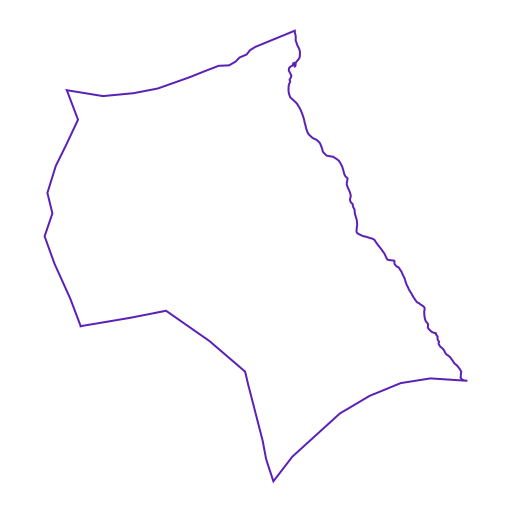 Ras Gharib, Al Bahr al Ahmar, Egypt (Natural Earth projection)
{"feature_id": "37247803B82534825994477", "entity_name": "Ras Gharib", "entity_type": "district", "adm_level": 2, "iso_a3": "EGY", "parent_name": "Egypt", "parent_adm1": "Al Bahr al Ahmar", "projection": "natural_earth1", "projection_center": [32.75, 28.506], "detail": "fine", "context": "isolated", "style": "outline", "palette": "violet", "viewbox_px": 512, "rotation_deg": 0, "n_neighbors": 0, "source": "geoboundaries", "source_scale": "gbopen_adm2", "svg_char_len": 3078}
<svg xmlns="http://www.w3.org/2000/svg" viewBox="0 0 512 512"><path d="M66.8,90.2L66.9,90.4L77.9,119.4L78.0,119.7L66.6,144.0L57.2,163.1L55.8,165.8L49.3,186.8L47.4,192.9L52.4,213.4L44.6,236.3L54.5,263.7L70.3,298.7L80.7,326.2L80.7,326.3L81.7,326.0L130.8,317.7L131.3,317.6L165.7,310.8L166.1,310.8L209.4,341.0L245.1,371.6L248.6,386.4L249.2,388.5L262.6,440.5L266.1,459.0L269.2,468.6L271.9,476.7L272.2,477.8L272.3,478.0L273.3,481.0L273.4,481.3L292.3,456.7L339.8,413.5L369.5,395.9L400.7,383.1L430.4,378.4L467.4,380.8L464.5,380.5L462.2,379.6L460.6,377.7L460.8,376.1L460.9,373.8L461.3,371.8L459.8,369.1L457.0,365.5L454.4,363.4L452.1,359.9L449.8,356.9L448.1,355.5L446.6,354.6L445.3,353.0L444.0,350.2L442.1,348.0L440.4,346.8L438.7,344.2L438.6,343.1L439.1,341.7L437.8,339.9L437.4,338.1L437.7,336.7L436.9,335.6L435.9,334.3L435.8,333.2L433.8,332.8L431.3,331.6L429.2,329.4L428.7,329.0L427.8,327.5L428.0,325.7L428.1,324.2L425.6,320.9L424.7,317.9L424.3,314.7L424.2,311.5L424.6,309.5L424.5,307.5L422.6,305.7L420.7,304.6L419.1,303.3L417.8,302.7L417.0,302.1L416.3,301.3L415.6,300.4L414.8,299.1L413.7,297.6L412.5,295.6L411.5,293.6L410.1,291.5L408.7,289.1L408.2,287.7L406.8,285.1L405.5,281.5L404.5,278.1L402.8,274.9L401.7,272.1L399.8,269.2L398.5,267.2L397.3,266.9L396.4,266.1L394.6,264.2L394.4,262.4L394.5,261.1L394.0,260.6L391.2,260.3L389.7,260.1L388.2,259.8L387.5,259.7L386.5,258.1L384.5,253.7L382.7,251.2L381.8,249.8L378.5,245.7L376.3,242.7L374.4,239.8L372.1,238.5L370.7,238.3L368.2,237.4L365.2,236.5L363.2,236.2L360.0,234.7L357.9,233.6L357.0,232.8L356.5,231.4L356.5,230.2L356.7,229.0L356.8,227.2L357.2,224.8L357.0,222.2L356.6,219.4L356.0,217.5L355.5,215.8L355.0,214.1L354.7,212.2L354.6,209.7L353.6,207.8L353.2,207.0L352.9,205.9L352.6,203.9L351.6,203.2L350.6,201.9L350.1,200.5L350.0,199.3L350.5,197.2L350.8,195.7L349.9,192.2L349.0,190.1L347.9,187.8L346.8,184.9L346.8,182.7L347.1,181.1L347.6,178.5L347.0,177.7L345.7,176.7L344.7,175.1L344.1,173.5L343.4,170.6L342.2,166.6L340.8,163.9L339.1,161.0L337.1,159.3L333.2,156.8L326.7,155.7L325.7,154.8L324.6,153.6L323.3,152.4L322.8,151.4L322.1,148.7L320.8,145.1L319.6,142.6L317.2,140.3L315.3,139.2L312.6,138.0L310.9,136.4L309.3,134.9L308.0,133.3L306.8,130.5L306.1,128.2L305.5,125.5L304.7,122.8L304.1,119.8L303.1,116.3L301.5,112.0L300.0,108.6L296.8,103.4L296.1,102.7L294.1,100.8L290.4,97.5L289.3,94.8L288.7,92.5L288.5,90.0L288.5,89.9L288.6,87.1L288.7,85.6L289.2,83.8L290.0,82.2L290.2,81.1L289.7,80.5L289.6,79.6L290.2,78.6L290.9,77.6L291.3,75.3L290.4,73.6L288.8,70.6L289.0,68.2L290.0,67.1L291.1,66.3L292.7,65.4L293.0,64.1L293.3,63.3L294.1,62.9L294.4,63.8L294.3,64.9L294.5,66.0L294.8,66.5L295.2,66.2L295.6,65.3L295.6,63.4L296.0,62.4L296.5,61.7L297.5,60.5L298.6,59.2L299.5,57.7L299.9,55.7L299.9,53.0L299.9,51.3L298.9,48.1L298.3,47.2L298.1,46.8L297.6,45.9L296.2,41.9L295.7,40.6L295.7,38.4L295.8,37.1L295.6,35.6L294.9,32.8L294.8,30.7L255.5,46.8L250.0,50.2L246.6,54.5L239.6,57.5L237.9,59.2L235.6,61.6L231.6,63.9L229.2,65.3L228.3,65.4L218.7,65.8L204.9,71.1L189.4,77.3L157.8,88.5L133.4,93.2L103.0,96.1L66.8,90.2Z" fill="none" stroke="#5b21b6" stroke-width="2"/></svg>